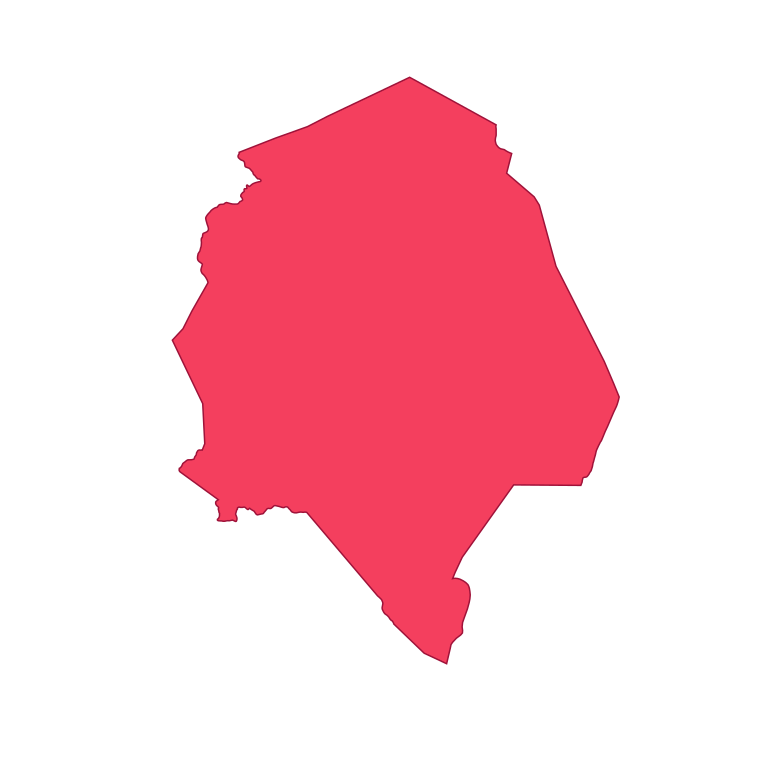 Lepaterique, Francisco Morazán, Honduras (Natural Earth projection), rotated 163°
{"feature_id": "27666195B26269396586320", "entity_name": "Lepaterique", "entity_type": "district", "adm_level": 2, "iso_a3": "HND", "parent_name": "Honduras", "parent_adm1": "Francisco Morazán", "projection": "natural_earth1", "projection_center": [-87.431, 14.064], "detail": "fine", "context": "isolated", "style": "filled", "palette": "rose", "viewbox_px": 768, "rotation_deg": 163, "n_neighbors": 0, "source": "geoboundaries", "source_scale": "gbopen_adm2", "svg_char_len": 6134}
<svg xmlns="http://www.w3.org/2000/svg" viewBox="0 0 768 768"><g transform="rotate(163 384 384)"><path d="M166.8,341.3L185.1,446.3L183.2,509.7L185.7,519.1L205.1,549.7L194.5,567.1L196.0,568.3L197.7,569.8L199.3,571.5L200.2,572.7L200.5,573.0L203.6,574.8L204.2,575.4L204.9,576.2L205.6,577.4L206.2,578.9L206.6,580.1L206.7,581.0L206.6,582.7L206.5,583.8L206.3,584.6L205.7,586.1L205.1,587.3L204.3,588.5L203.9,589.5L202.2,595.1L201.8,597.4L201.6,598.0L201.0,599.0L269.8,669.8L359.7,656.5L381.9,652.5L415.7,650.9L454.8,647.9L454.8,647.3L454.9,647.1L455.6,646.2L456.5,645.4L456.8,644.9L457.1,644.2L457.1,643.3L457.0,642.8L456.8,642.5L455.7,640.6L455.0,639.9L453.5,638.7L453.1,638.2L452.8,637.7L452.7,637.1L452.7,636.3L452.9,634.9L453.2,633.3L453.2,632.8L453.1,632.4L452.9,632.1L452.7,631.9L450.2,630.0L449.7,629.6L449.4,629.1L447.5,624.9L447.5,624.6L447.6,623.9L447.6,623.5L447.5,622.8L447.3,622.2L447.1,621.8L446.6,621.4L446.3,620.4L445.9,619.4L444.9,617.3L444.6,617.0L444.1,616.9L443.8,616.8L443.1,616.4L442.7,616.0L442.4,615.5L442.2,615.1L442.1,614.7L442.3,614.3L442.7,613.9L443.3,613.8L444.8,614.0L448.2,614.1L450.5,613.9L451.7,613.6L454.2,612.5L455.0,612.3L455.5,612.6L456.5,614.2L456.8,614.3L457.1,614.2L457.4,613.9L457.6,613.4L457.7,612.9L457.8,611.7L457.9,611.2L458.0,611.1L458.9,611.1L459.4,611.2L460.1,611.5L460.3,611.4L460.6,611.3L460.8,611.1L461.1,610.5L461.2,610.0L461.2,609.4L461.3,609.1L462.1,608.7L463.2,608.4L465.0,607.2L465.5,606.7L465.9,606.0L466.1,605.2L466.0,604.9L465.7,604.4L465.6,604.0L465.3,603.2L465.3,602.0L465.4,601.4L465.5,601.2L465.9,601.0L466.8,600.7L467.5,600.6L468.3,600.6L470.3,599.3L470.9,599.1L471.7,599.0L472.8,599.3L474.5,599.8L476.2,600.4L477.7,601.2L481.2,603.4L481.5,603.6L482.1,603.6L482.9,603.5L483.4,603.4L484.2,603.0L485.0,602.9L485.5,603.0L487.5,603.5L488.2,603.6L488.8,603.6L489.2,603.5L489.6,603.4L491.9,601.8L492.1,601.8L492.9,601.9L494.6,601.8L496.5,601.3L498.3,600.6L498.7,600.4L499.8,599.6L502.9,597.8L503.7,597.2L504.8,596.3L505.4,595.7L505.7,595.3L506.0,594.8L506.1,594.3L506.3,592.8L506.4,589.0L506.4,587.9L506.3,586.7L506.3,585.8L506.4,584.2L506.7,583.4L506.9,582.8L507.2,582.4L507.6,582.0L508.0,581.8L508.5,581.5L509.6,581.2L512.7,580.9L513.0,580.7L513.4,580.4L514.9,577.3L515.1,577.1L515.5,577.1L515.8,576.9L516.1,576.5L516.4,575.9L516.8,574.7L517.1,573.1L517.3,572.4L518.1,570.3L518.7,568.9L519.6,567.7L521.1,565.1L523.6,563.0L524.9,560.7L525.6,558.8L525.7,558.0L525.8,557.3L525.7,556.8L525.5,556.1L525.0,555.1L523.1,552.6L522.9,552.1L522.7,551.7L522.8,551.4L523.0,551.0L525.0,548.0L525.4,547.2L525.7,546.7L525.8,546.1L525.9,545.2L525.8,544.2L525.6,543.1L525.4,542.6L524.8,541.7L524.2,540.5L523.6,539.0L523.2,537.5L522.7,535.2L522.6,533.6L522.7,532.3L546.4,509.9L560.1,495.6L573.6,487.8L563.1,418.2L572.9,379.2L573.6,378.4L575.1,376.5L576.6,374.6L577.2,373.9L577.3,373.9L577.6,374.2L577.8,374.3L578.9,374.4L579.6,374.8L580.0,374.9L580.8,374.9L581.2,374.8L581.5,374.7L583.2,373.2L583.6,372.6L584.1,371.5L584.6,370.9L585.0,370.6L585.8,370.0L586.5,369.4L587.1,368.5L587.6,367.8L587.8,367.7L588.3,367.7L590.5,367.9L593.3,368.7L593.9,368.8L594.5,368.7L595.3,368.5L596.9,367.8L598.6,367.2L599.6,366.8L601.6,364.5L603.0,363.6L603.7,363.3L604.4,363.2L605.1,361.6L605.1,360.6L604.7,359.6L576.3,321.8L579.0,320.8L579.5,320.2L579.8,319.4L579.9,319.0L579.9,318.5L579.9,317.8L579.7,317.2L579.5,316.6L579.0,315.8L578.6,315.1L578.4,314.7L578.3,314.2L578.4,313.8L578.9,313.2L579.1,312.6L579.1,311.1L579.3,309.5L579.3,309.1L579.1,308.7L579.1,308.4L579.9,306.0L580.5,304.9L581.7,303.8L582.1,303.6L582.7,303.4L583.0,303.0L583.1,302.7L583.0,302.3L582.8,302.0L582.4,301.7L581.3,301.2L579.5,300.6L578.2,299.9L577.1,299.5L576.1,299.3L574.7,299.2L573.5,299.0L572.9,298.8L572.2,298.5L571.6,298.4L570.2,298.3L568.6,298.1L568.1,297.7L566.4,296.1L565.9,295.9L565.5,295.9L565.2,296.1L564.7,296.7L564.2,297.5L564.0,298.1L563.8,298.8L563.8,299.7L563.8,300.9L564.0,302.4L563.9,302.9L563.7,303.5L562.8,304.8L561.8,306.5L561.5,306.7L561.1,306.9L560.8,307.3L560.6,307.5L560.6,307.9L560.4,308.2L560.1,308.5L559.7,308.6L559.2,308.7L558.7,308.6L558.2,308.5L557.2,307.9L556.5,307.7L555.5,307.4L554.3,307.3L553.8,307.2L553.4,307.0L553.0,306.7L552.7,306.3L551.6,304.5L551.2,304.0L550.9,303.8L550.6,303.7L550.3,303.8L550.0,303.9L549.5,304.3L549.0,304.5L548.8,304.4L548.6,304.2L548.3,303.7L547.6,302.7L545.4,300.3L544.4,297.0L543.9,296.3L543.4,295.9L542.9,295.8L539.7,295.6L538.3,295.4L537.5,295.4L537.0,295.6L536.2,296.3L535.0,297.0L533.2,298.2L532.1,298.9L531.7,298.9L531.0,298.9L530.5,298.7L529.6,298.3L528.9,298.1L528.4,298.1L528.1,298.2L527.3,298.5L525.0,299.6L524.5,299.7L523.9,299.6L523.5,299.5L522.6,299.0L520.0,297.5L518.0,296.1L516.6,295.3L516.1,295.2L515.5,295.1L514.5,295.3L513.9,295.3L513.2,295.1L512.5,294.7L512.1,294.4L511.9,294.0L511.4,292.7L510.5,291.1L510.0,289.6L509.5,288.7L509.3,288.4L507.5,287.1L505.5,286.4L502.9,286.2L501.5,286.0L500.1,285.5L498.8,284.9L497.4,284.7L496.7,284.5L496.1,284.2L495.4,283.8L452.1,183.3L450.6,180.9L450.1,179.8L449.8,179.3L449.4,178.7L449.2,176.9L449.1,175.6L449.3,174.3L450.0,173.0L450.5,172.0L451.1,170.9L451.4,169.9L451.5,168.9L451.1,166.4L450.8,165.2L450.4,164.1L449.5,162.9L448.9,162.2L448.3,161.2L447.4,159.3L447.2,158.0L446.2,155.8L445.4,155.1L445.1,154.0L444.8,152.9L444.8,151.6L424.3,114.8L405.9,98.2L397.9,111.9L396.1,115.2L394.0,116.9L389.2,119.7L384.0,121.6L381.8,123.0L380.9,125.3L380.3,128.9L378.6,132.9L375.9,136.6L370.0,144.5L366.4,150.2L364.7,153.4L363.2,157.1L362.5,160.6L362.1,163.6L362.1,165.8L362.4,167.6L363.9,170.3L365.8,172.6L368.4,175.1L370.4,176.4L372.7,177.4L374.0,177.7L375.3,177.8L371.0,183.1L359.8,195.5L289.5,249.6L225.4,229.5L223.2,232.3L222.7,233.5L222.0,234.7L221.5,235.6L221.1,236.0L220.6,236.2L220.0,236.2L219.5,236.2L218.2,235.9L217.2,236.0L216.9,236.1L215.9,236.7L214.5,237.7L214.0,238.2L213.3,239.0L211.3,240.5L208.9,244.0L207.2,247.3L206.3,248.5L204.3,251.8L202.7,254.2L200.8,257.6L200.1,258.6L197.1,262.0L194.7,264.5L194.2,265.1L193.3,265.7L192.2,266.8L186.3,274.0L182.5,278.2L172.6,289.9L168.3,294.6L167.0,296.3L165.7,298.2L164.4,300.2L162.9,302.8L164.2,317.1L166.8,341.3Z" fill="#f43f5e" stroke="#9f1239" stroke-width="1.5"/></g></svg>